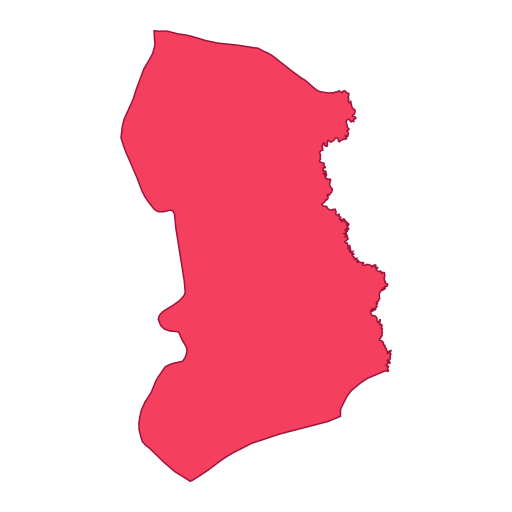 outline of Phrai Bueng, Si Sa Ket, Thailand
{"feature_id": "78962969B56904168691236", "entity_name": "Phrai Bueng", "entity_type": "district", "adm_level": 2, "iso_a3": "THA", "parent_name": "Thailand", "parent_adm1": "Si Sa Ket", "projection": "orthographic", "projection_center": [104.4, 14.768], "detail": "fine", "context": "isolated", "style": "filled", "palette": "rose", "viewbox_px": 512, "rotation_deg": 0, "n_neighbors": 0, "source": "geoboundaries", "source_scale": "gbopen_adm2", "svg_char_len": 6088}
<svg xmlns="http://www.w3.org/2000/svg" viewBox="0 0 512 512"><path d="M190.3,481.3L193.2,479.9L207.4,470.6L220.3,460.9L225.3,457.5L232.5,453.1L251.7,443.3L280.4,433.8L327.9,421.5L340.5,416.3L340.5,409.6L342.0,406.2L347.0,396.3L350.7,391.4L352.4,389.7L360.0,383.3L367.5,378.3L384.6,371.1L386.3,370.6L387.1,371.4L388.4,371.1L388.5,370.3L387.4,368.6L388.2,367.4L388.5,366.2L387.0,366.1L386.0,365.2L387.2,364.5L387.7,362.7L388.4,362.6L389.5,363.4L390.0,363.2L390.1,362.7L389.4,361.6L387.7,361.2L387.2,360.5L387.7,359.7L389.1,360.5L390.0,359.3L390.4,357.7L390.3,355.3L390.9,354.2L389.5,353.8L389.4,353.4L390.1,352.9L391.0,350.6L390.1,350.6L387.5,353.2L387.1,353.2L387.8,351.4L386.6,350.4L386.2,348.3L385.0,347.5L384.9,345.3L383.5,345.0L383.6,343.6L383.1,342.1L381.4,340.7L379.6,340.3L379.6,338.9L380.7,338.0L380.8,336.9L381.8,336.2L382.2,335.2L381.8,333.8L382.5,332.7L381.9,331.1L382.4,329.0L381.0,328.1L381.6,327.4L382.1,325.2L381.4,324.5L379.4,324.5L380.0,322.6L380.2,319.8L379.8,319.7L379.3,320.3L378.9,322.2L377.8,322.3L377.0,320.7L377.0,318.8L376.4,317.1L375.3,316.1L374.1,315.6L372.6,315.7L371.6,315.0L370.5,311.5L370.8,310.9L372.3,311.2L372.8,310.9L372.6,310.3L371.4,309.6L371.7,309.0L373.2,309.0L373.7,310.0L374.3,310.3L374.7,310.1L374.7,309.7L374.0,308.8L374.1,308.4L375.6,309.1L375.8,307.6L377.1,306.5L376.3,305.8L376.3,305.2L377.6,303.6L377.4,303.2L376.5,303.3L376.2,302.9L377.1,301.7L378.5,301.3L378.7,299.8L379.7,298.7L379.2,295.0L379.6,292.6L380.9,291.3L381.2,290.1L382.7,290.3L382.7,288.6L383.2,287.9L383.9,288.1L384.1,289.3L384.7,289.2L385.3,287.9L384.8,286.4L387.1,286.3L387.7,284.4L387.1,283.7L385.3,283.2L385.1,282.7L385.5,281.6L384.7,280.8L384.1,279.3L384.7,278.4L384.1,277.5L384.1,276.9L384.9,276.0L384.4,272.6L382.4,272.4L381.8,273.5L381.3,273.1L381.3,272.0L380.8,271.2L379.9,271.0L379.1,271.6L377.9,271.1L376.0,269.1L376.3,268.5L377.6,268.0L377.6,267.5L375.4,267.2L374.9,266.8L375.0,266.3L375.9,265.5L375.6,265.0L374.7,264.9L373.6,265.3L372.0,267.1L371.4,265.7L368.5,264.5L367.5,264.7L366.6,264.3L364.9,265.3L363.1,265.2L362.6,264.0L363.7,262.9L363.7,262.7L362.7,262.5L361.9,262.9L360.3,262.2L359.4,262.2L358.4,260.8L358.0,262.2L357.3,262.4L356.9,261.3L357.7,260.2L356.1,259.5L356.8,258.3L355.5,258.5L354.8,259.5L354.4,259.4L354.3,257.8L353.8,256.8L352.6,256.2L352.2,255.6L353.8,254.0L353.1,253.5L351.7,253.5L351.8,252.7L352.9,251.4L351.6,251.5L350.7,252.1L350.0,252.0L349.5,251.3L350.5,250.5L350.6,249.6L349.7,249.3L349.1,249.7L347.8,248.2L348.2,247.2L350.2,247.9L349.7,245.6L349.3,245.4L347.9,245.8L347.2,243.1L346.6,242.8L345.2,242.8L344.8,242.0L345.0,241.2L346.0,240.9L348.2,238.9L347.4,238.0L347.4,236.4L345.7,236.9L345.2,236.8L345.6,235.4L346.8,235.5L346.5,234.4L345.9,234.2L345.2,234.6L343.9,233.6L346.3,233.0L346.0,231.0L345.0,230.3L345.0,229.9L345.9,229.9L346.7,231.1L347.3,231.2L347.5,230.6L346.6,229.3L348.2,229.5L348.7,229.1L348.6,228.2L346.8,227.8L348.1,225.7L347.5,225.1L346.8,225.3L346.4,223.7L347.3,223.5L347.5,224.3L348.2,224.8L348.8,224.7L348.9,224.1L346.1,221.6L345.1,221.9L345.2,220.7L344.2,220.8L344.7,219.8L344.0,218.9L343.4,218.9L342.9,219.6L342.0,219.5L341.8,220.3L342.4,220.7L342.5,221.1L341.8,221.6L341.0,221.5L341.2,219.5L339.7,219.4L340.8,217.3L338.9,216.6L339.2,214.3L338.5,214.3L337.9,215.1L336.2,214.6L335.6,214.0L336.2,211.9L335.5,210.8L335.4,209.3L334.5,209.1L333.7,209.6L332.7,209.4L331.8,210.2L330.3,209.9L328.2,209.0L327.1,207.7L326.8,206.5L323.2,206.0L321.7,204.6L325.0,201.7L325.5,199.6L326.7,200.0L327.8,198.8L328.2,197.2L327.6,196.8L327.8,195.9L327.1,195.0L327.9,194.2L329.1,195.1L329.5,195.0L330.3,193.3L331.5,192.4L332.4,189.7L332.2,188.9L329.7,185.6L329.7,183.5L330.1,182.4L329.8,181.3L330.7,180.4L330.7,179.8L329.9,179.0L327.3,179.3L326.9,178.5L325.5,178.3L325.3,177.7L326.6,175.0L326.2,174.8L325.0,175.5L323.3,173.5L323.4,173.0L323.9,172.9L325.6,173.7L326.3,173.6L325.8,171.4L324.9,170.9L323.2,170.8L322.7,170.3L323.3,169.1L323.2,167.7L325.3,167.8L325.4,167.2L323.9,165.4L324.1,163.2L322.2,162.8L319.5,161.4L319.4,160.8L320.6,158.9L320.1,157.2L320.6,155.6L319.6,152.2L320.8,150.9L323.0,150.0L321.9,146.5L322.6,145.5L322.6,144.0L323.1,143.3L324.1,143.0L324.6,143.3L324.8,144.0L324.3,144.6L324.3,145.1L325.6,146.1L327.0,146.4L327.5,145.0L327.3,143.4L327.7,140.8L328.0,140.4L328.4,140.4L329.9,141.8L331.2,142.1L334.2,140.0L335.5,137.9L336.1,137.6L337.9,138.7L338.6,141.4L339.5,141.8L340.7,140.6L343.3,139.3L346.4,138.9L346.4,138.1L345.4,136.4L345.3,135.4L345.8,135.4L347.2,136.6L347.8,136.3L348.5,133.0L347.0,130.5L348.9,129.7L349.0,129.0L347.5,127.5L346.9,124.2L346.1,122.4L346.1,121.3L347.5,119.6L348.4,119.3L349.4,119.7L350.8,121.8L351.3,121.8L352.1,120.9L353.6,121.7L353.9,121.4L353.5,120.4L353.6,119.5L355.6,118.6L355.9,117.9L355.0,116.9L353.5,116.6L352.4,116.0L353.0,115.0L354.7,113.7L355.1,110.1L353.4,108.9L351.9,107.1L350.7,101.2L350.2,101.1L349.5,102.7L348.3,102.0L348.2,100.4L348.8,98.8L348.1,97.4L348.8,95.8L348.7,93.2L346.8,93.0L345.4,91.1L344.7,90.8L342.9,91.2L342.2,92.6L341.6,92.5L339.0,90.7L337.3,91.9L335.1,92.0L333.8,93.1L332.9,92.7L328.6,93.0L321.9,92.0L318.4,91.1L314.7,88.6L305.0,80.1L301.9,78.4L291.8,71.0L272.5,55.8L267.1,52.6L264.4,51.6L257.8,48.1L254.0,47.8L237.8,45.2L217.9,43.1L205.9,40.6L190.9,36.1L184.7,34.8L177.8,33.9L167.2,31.1L158.6,31.2L154.1,30.7L154.5,38.9L155.0,43.3L154.8,45.5L152.7,53.4L149.3,59.8L143.9,68.8L136.0,90.0L133.1,99.4L124.1,119.2L122.2,127.1L121.0,137.8L123.7,146.3L125.7,151.6L136.9,177.5L142.2,191.5L145.3,197.4L148.2,201.5L153.9,209.0L157.5,211.4L159.5,211.8L162.7,211.8L164.8,211.5L170.4,210.0L173.1,211.3L174.5,214.2L175.9,228.5L184.2,280.6L185.2,292.1L184.2,295.3L181.5,298.6L178.8,301.1L173.8,304.8L163.5,311.1L160.6,313.8L159.1,316.0L158.3,319.4L160.6,325.3L164.4,329.1L169.8,331.0L177.2,331.6L179.0,332.7L182.0,339.7L186.3,347.0L186.8,348.6L186.9,351.1L186.3,354.5L184.7,358.2L182.5,361.3L173.6,363.2L168.2,365.2L165.0,367.1L158.1,377.1L156.1,380.5L151.2,392.4L145.0,402.0L141.3,410.2L139.8,417.0L138.9,423.3L139.1,429.6L140.9,437.1L142.4,441.6L145.6,445.2L149.4,448.1L163.9,462.2L174.6,471.5L190.3,481.3Z" fill="#f43f5e" stroke="#9f1239" stroke-width="1.5"/></svg>